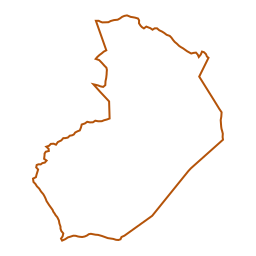 the district of Carira, Sergipe, Brazil
{"feature_id": "56859067B91089442676951", "entity_name": "Carira", "entity_type": "district", "adm_level": 2, "iso_a3": "BRA", "parent_name": "Brazil", "parent_adm1": "Sergipe", "projection": "albers", "projection_center": [-37.744, -10.353], "detail": "fine", "context": "isolated", "style": "outline", "palette": "amber", "viewbox_px": 256, "rotation_deg": 0, "n_neighbors": 0, "source": "geoboundaries", "source_scale": "gbopen_adm2", "svg_char_len": 2260}
<svg xmlns="http://www.w3.org/2000/svg" viewBox="0 0 256 256"><path d="M208.5,57.8L206.9,56.5L206.0,54.2L204.0,52.2L202.0,51.6L200.8,54.5L198.8,57.0L197.8,54.7L196.0,52.6L193.5,52.9L191.2,53.5L189.4,52.5L187.2,51.3L185.1,49.8L183.0,48.3L180.9,47.1L179.1,45.9L177.0,43.8L174.7,41.9L173.1,40.0L171.4,37.6L169.7,35.9L166.6,34.8L164.3,33.0L161.9,31.5L159.3,30.3L157.0,28.3L154.7,28.3L152.5,29.7L150.4,28.2L148.3,27.4L146.3,26.6L143.9,28.4L141.9,27.1L140.5,25.6L139.0,23.3L139.1,20.4L138.0,18.5L134.9,17.6L132.7,17.2L130.7,16.9L128.8,16.1L127.0,15.4L124.4,15.9L122.2,16.8L120.0,18.4L117.7,19.7L113.9,20.1L110.7,21.0L108.4,22.2L105.6,22.3L102.3,22.4L100.4,21.7L98.7,20.8L95.9,20.8L106.3,50.3L103.8,51.6L101.8,53.3L99.5,55.0L97.1,57.2L95.7,58.9L99.2,60.1L102.1,63.1L104.4,65.7L106.4,67.7L106.9,69.9L106.7,72.3L106.6,74.5L106.2,78.0L105.5,81.3L105.3,85.1L103.2,86.9L100.6,86.4L98.0,85.4L96.0,84.9L93.4,84.3L100.2,91.9L109.1,101.4L109.6,118.5L106.9,119.5L103.9,120.3L101.8,121.2L98.3,121.3L95.3,120.7L92.9,122.3L89.9,122.4L87.2,121.8L84.8,123.5L81.7,124.5L81.0,127.4L79.8,130.4L77.5,131.3L75.2,132.5L73.8,134.5L72.1,135.3L69.8,135.7L67.8,137.6L65.3,138.1L63.3,138.1L61.3,140.4L57.8,142.1L56.0,144.7L53.6,143.7L50.8,143.9L49.0,145.8L46.3,146.7L48.6,148.8L48.8,151.0L45.8,151.7L44.6,153.5L44.5,155.6L44.1,158.8L46.6,160.6L44.8,162.6L42.4,163.1L40.7,164.4L38.5,164.3L36.7,165.0L36.2,167.4L38.1,169.5L37.4,171.9L36.6,174.4L35.9,177.2L33.0,178.6L33.5,182.0L35.4,183.9L36.9,186.3L39.2,188.6L41.0,191.5L43.3,194.2L44.5,196.3L45.6,198.6L46.6,201.2L47.8,203.0L49.0,204.9L50.8,207.4L52.6,209.9L53.3,211.7L54.6,213.5L55.6,215.2L57.3,217.2L58.9,220.5L59.4,223.5L60.5,226.6L60.5,228.6L61.3,231.0L63.3,233.4L62.6,236.4L61.0,238.6L62.1,240.6L65.2,239.2L67.9,237.4L70.6,236.6L73.3,235.7L75.7,235.8L78.0,236.5L79.9,236.8L82.2,237.0L84.7,236.5L87.0,235.5L88.8,234.2L90.9,233.8L92.9,234.2L95.5,234.7L98.1,234.9L102.0,236.0L104.8,237.0L107.8,238.1L110.5,238.5L113.2,238.9L116.0,239.8L118.4,240.0L120.5,239.3L121.5,237.0L124.4,235.7L152.2,215.8L188.4,171.0L190.9,168.3L223.0,139.7L222.6,137.1L222.8,133.7L222.2,131.2L221.5,128.8L221.2,126.7L221.0,124.2L220.7,120.1L221.3,116.6L221.6,112.3L219.3,108.9L214.2,100.6L199.2,76.6L208.5,57.8Z" fill="none" stroke="#b45309" stroke-width="2"/></svg>